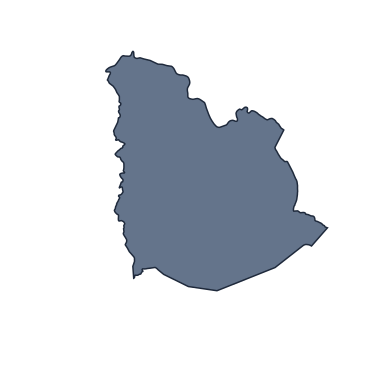 outline of Meambar, Comayagua, Honduras, rotated 300°
{"feature_id": "27666195B59484840238498", "entity_name": "Meambar", "entity_type": "district", "adm_level": 2, "iso_a3": "HND", "parent_name": "Honduras", "parent_adm1": "Comayagua", "projection": "orthographic", "projection_center": [-87.769, 14.843], "detail": "fine", "context": "isolated", "style": "filled", "palette": "slate", "viewbox_px": 384, "rotation_deg": 300, "n_neighbors": 0, "source": "geoboundaries", "source_scale": "gbopen_adm2", "svg_char_len": 6030}
<svg xmlns="http://www.w3.org/2000/svg" viewBox="0 0 384 384"><g transform="rotate(300 192 192)"><path d="M228.7,327.2L228.3,324.8L229.0,323.5L229.0,322.9L228.9,321.9L229.4,320.4L229.5,319.3L229.3,317.0L229.2,315.4L228.8,313.9L228.8,313.0L228.9,312.7L229.3,312.4L230.5,311.5L231.3,310.6L231.6,309.9L231.7,309.3L231.5,308.5L230.8,306.9L230.7,305.9L230.5,303.8L229.7,301.9L229.7,301.5L230.1,301.2L230.3,300.7L230.4,300.1L230.3,299.4L229.8,298.4L228.7,296.9L228.2,296.1L228.2,295.7L228.5,293.6L228.5,293.0L227.4,291.3L226.4,289.9L226.3,289.7L226.6,289.2L228.1,288.3L230.5,287.5L231.1,287.5L231.9,287.6L232.9,287.3L235.2,287.0L237.4,286.6L238.7,286.1L242.4,284.6L244.1,283.7L245.3,283.2L247.8,281.6L250.3,280.2L253.4,277.8L254.6,276.4L255.3,275.1L257.2,272.5L259.6,269.4L264.3,262.1L265.8,259.7L265.9,259.3L265.9,258.9L265.0,257.6L264.7,256.9L264.8,256.4L265.1,255.7L265.6,252.5L265.9,251.6L268.0,247.6L269.6,245.1L270.7,242.9L272.1,241.5L291.6,240.5L291.8,239.3L291.8,237.9L291.8,237.5L292.9,235.2L294.0,233.2L294.5,230.2L295.5,228.4L295.8,226.6L295.8,225.1L295.7,224.5L295.3,223.9L294.5,222.9L292.3,221.3L292.1,221.0L292.0,220.4L291.9,218.9L292.3,215.9L292.3,213.2L292.5,212.2L292.5,211.0L293.0,209.2L293.1,208.2L293.1,205.9L292.9,204.8L292.5,203.6L292.1,203.0L291.5,202.7L289.3,202.1L288.8,201.7L288.6,201.2L288.7,200.4L289.1,199.5L291.0,199.0L292.0,198.4L292.5,197.9L292.6,197.4L292.6,196.8L292.4,196.2L292.0,195.7L291.4,195.2L288.7,194.3L288.1,194.0L288.0,193.8L287.6,191.9L287.5,191.7L286.5,191.2L285.3,190.7L284.1,190.5L282.9,190.6L282.0,190.9L280.4,192.2L279.3,193.2L278.5,194.4L277.9,194.9L276.8,195.5L276.3,195.6L276.0,195.5L275.4,195.1L275.1,194.4L274.9,193.8L274.8,192.7L274.5,191.5L274.1,190.9L273.3,190.0L272.4,189.3L271.4,188.9L270.6,188.7L268.2,188.5L267.4,188.3L267.1,188.1L262.0,183.8L261.6,183.3L261.3,182.7L261.1,182.1L260.9,181.3L261.0,180.4L261.2,179.4L262.0,176.9L263.5,173.8L265.1,171.0L266.7,168.8L267.5,167.7L271.8,162.5L274.5,159.7L275.7,158.1L276.1,153.4L276.1,151.9L276.0,151.2L275.7,150.1L275.2,149.3L272.8,146.6L272.6,146.2L272.1,144.8L271.7,143.2L271.7,142.2L272.0,141.3L272.5,140.7L275.4,139.0L277.3,137.4L278.8,136.5L280.0,136.1L283.0,136.0L284.2,135.9L285.1,135.6L285.8,135.3L287.0,134.4L288.2,133.1L289.1,131.9L289.5,130.8L289.6,129.4L289.2,127.4L288.7,125.5L287.6,123.6L287.1,122.3L286.9,121.3L286.8,120.1L286.9,119.2L287.2,118.6L288.0,117.3L289.5,115.1L290.0,114.1L290.5,112.5L290.6,111.4L288.9,107.1L287.8,102.6L285.7,98.6L285.0,90.0L283.1,83.6L282.4,80.5L282.2,79.9L281.9,79.5L280.7,78.2L280.2,77.6L279.9,76.9L279.7,76.1L279.8,75.0L279.9,74.6L280.2,74.3L281.0,73.5L283.9,71.6L284.2,71.1L284.3,70.7L284.1,70.4L283.1,70.3L282.5,70.3L281.3,70.6L280.0,70.7L279.4,70.5L278.7,70.2L278.2,69.7L277.9,69.2L276.3,66.1L275.7,64.4L275.3,64.0L274.7,63.6L273.8,63.3L273.0,63.1L270.4,63.0L266.5,62.6L264.3,62.3L263.5,62.1L262.8,61.8L262.1,61.3L259.9,59.3L258.3,58.1L256.3,57.2L254.8,56.8L254.2,56.8L253.6,56.9L253.3,57.2L253.2,57.5L253.3,57.9L254.8,60.5L254.9,60.8L254.8,61.2L254.7,61.5L254.4,61.8L254.1,61.9L253.4,62.1L251.4,62.1L248.2,62.6L246.7,62.7L246.3,63.9L244.9,66.0L244.5,68.9L244.3,70.6L243.4,72.8L242.5,74.6L240.6,77.2L239.0,80.5L238.3,81.4L235.2,83.2L234.3,83.4L233.7,83.8L233.4,84.6L233.4,85.5L233.2,85.9L232.9,86.2L231.9,86.6L231.6,86.6L231.0,86.5L229.8,85.9L228.7,86.5L227.6,87.6L227.1,87.9L226.7,88.0L225.5,87.9L225.2,88.0L224.5,88.6L223.1,91.0L222.6,91.5L221.7,91.9L220.9,92.0L220.3,92.0L220.0,91.8L219.5,91.3L219.2,91.3L217.9,91.9L215.2,92.8L207.4,93.4L206.1,93.5L205.6,93.7L205.2,93.9L204.4,94.9L202.8,96.0L202.3,96.9L201.7,98.4L201.0,99.3L200.4,99.7L199.3,99.7L199.0,99.8L198.9,99.9L198.9,100.4L199.2,100.9L199.6,101.3L200.3,101.8L200.5,102.3L200.5,102.7L200.2,103.1L200.1,103.5L199.9,104.5L199.9,105.2L200.3,107.0L200.4,108.9L200.1,109.8L199.3,109.9L197.6,109.2L196.8,109.3L196.2,109.7L195.4,109.6L195.1,109.5L194.7,109.0L194.1,108.6L192.0,108.0L191.3,107.6L190.5,107.3L187.9,106.7L186.8,106.5L186.4,106.6L186.1,106.8L185.8,107.6L185.5,108.8L185.3,109.8L185.4,110.5L185.8,111.1L186.0,111.5L186.0,112.3L185.7,112.9L184.7,114.0L184.2,114.9L183.7,116.2L183.5,117.5L183.2,118.1L182.8,118.6L181.6,119.4L179.2,120.8L177.4,121.6L176.6,121.7L176.1,121.9L175.8,122.3L175.5,123.3L175.1,123.9L174.8,123.9L174.5,123.7L173.5,122.1L172.3,121.0L171.7,120.7L171.1,120.7L170.5,121.2L169.6,122.4L169.0,123.6L168.4,125.6L168.1,126.1L167.6,126.4L167.1,126.6L166.1,126.8L165.6,126.4L165.4,126.0L165.1,125.9L161.8,126.5L160.0,126.7L159.4,126.9L159.3,127.1L159.4,127.3L160.6,127.9L161.0,128.3L161.2,128.7L161.2,129.2L160.8,129.6L159.5,130.5L158.2,131.8L157.7,132.2L157.1,132.2L155.2,132.1L154.6,131.9L153.8,131.5L152.9,130.5L152.6,130.3L152.2,130.3L151.8,130.4L151.6,130.6L151.1,132.0L150.5,132.3L149.8,132.4L148.9,132.3L146.9,132.6L145.4,132.5L144.1,132.7L143.8,132.7L143.5,133.0L143.1,133.1L141.1,133.2L139.2,133.9L137.6,133.9L137.1,134.1L136.5,134.9L135.9,135.9L135.3,138.3L135.4,139.1L135.2,139.9L134.4,140.4L131.8,141.7L130.7,142.5L130.5,142.9L130.4,143.2L130.5,143.5L131.8,145.0L132.0,145.5L132.0,145.9L132.1,147.6L131.6,148.7L131.1,149.4L130.9,149.6L130.6,149.7L128.9,149.7L127.3,150.9L126.8,151.1L126.2,151.0L125.8,151.2L125.1,151.8L123.6,152.9L122.9,153.1L122.2,153.1L121.7,153.3L121.3,153.6L120.7,154.5L119.9,155.9L119.3,157.1L118.7,158.1L118.2,159.0L117.8,159.4L117.0,159.9L116.0,160.3L115.3,160.4L113.9,160.4L112.9,160.6L111.2,164.0L109.0,167.5L107.1,173.1L106.5,174.6L106.0,175.2L103.2,176.9L99.3,177.7L98.1,177.9L88.2,184.6L88.7,184.9L89.3,184.9L89.9,184.7L91.0,184.3L91.4,184.3L91.7,184.6L92.2,185.8L92.8,186.6L93.2,186.9L94.3,187.5L95.0,188.3L95.4,188.6L96.2,188.6L97.2,188.5L98.0,188.7L98.5,189.1L98.8,189.1L99.0,188.9L99.6,187.7L100.1,187.5L100.6,187.6L100.9,187.9L101.2,188.6L102.2,190.2L103.5,191.7L105.3,194.1L107.8,197.2L108.2,197.8L108.3,198.3L108.1,200.2L107.7,201.5L106.5,208.7L108.3,236.1L119.0,263.0L168.1,301.7L201.2,315.0L202.4,315.7L203.5,316.8L203.7,317.2L204.5,319.0L204.8,320.0L204.9,320.4L205.0,322.5L228.7,327.2Z" fill="#64748b" stroke="#1e293b" stroke-width="1.5"/></g></svg>